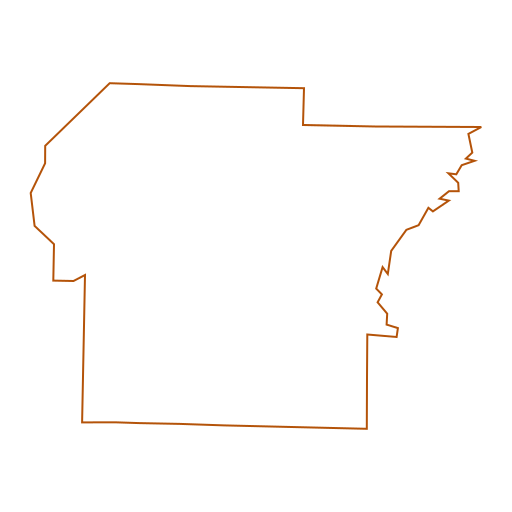 outline of Independence, Arkansas, United States of America
{"feature_id": "52423323B87068688197244", "entity_name": "Independence", "entity_type": "district", "adm_level": 2, "iso_a3": "USA", "parent_name": "United States of America", "parent_adm1": "Arkansas", "projection": "natural_earth1", "projection_center": [-91.46, 35.735], "detail": "fine", "context": "isolated", "style": "outline", "palette": "amber", "viewbox_px": 512, "rotation_deg": 0, "n_neighbors": 0, "source": "geoboundaries", "source_scale": "gbopen_adm2", "svg_char_len": 713}
<svg xmlns="http://www.w3.org/2000/svg" viewBox="0 0 512 512"><path d="M82.1,422.4L114.9,422.3L139.3,423.1L180.0,423.9L224.4,425.4L366.8,428.8L367.0,378.2L367.3,334.5L396.6,337.0L397.9,328.1L386.6,324.6L387.2,313.7L377.6,302.3L381.9,294.4L376.2,288.6L382.6,267.1L387.8,274.0L391.2,250.9L406.4,229.8L418.6,225.2L428.4,207.8L432.9,211.4L448.8,200.6L439.6,198.7L449.0,191.2L458.7,191.2L458.2,182.8L448.4,173.3L456.3,174.3L461.7,165.2L474.6,160.8L465.9,158.6L472.3,152.6L468.4,133.9L481.3,127.0L375.0,126.5L303.0,125.0L304.0,88.2L190.2,86.1L138.3,84.1L109.7,83.2L45.2,145.8L45.1,163.3L30.7,193.0L34.6,225.9L54.0,244.2L53.3,280.6L73.5,281.0L85.0,275.0L82.1,422.4Z" fill="none" stroke="#b45309" stroke-width="2"/></svg>